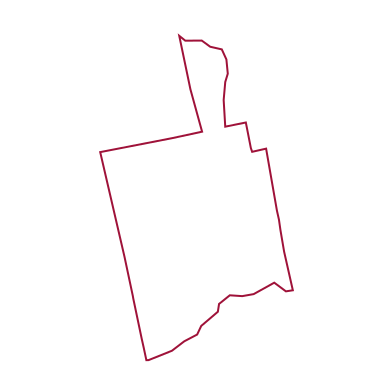 the district of Houston, Alabama, United States of America, rotated 78°
{"feature_id": "52423323B72584832166287", "entity_name": "Houston", "entity_type": "district", "adm_level": 2, "iso_a3": "USA", "parent_name": "United States of America", "parent_adm1": "Alabama", "projection": "mercator", "projection_center": [-85.275, 31.156], "detail": "fine", "context": "isolated", "style": "outline", "palette": "rose", "viewbox_px": 384, "rotation_deg": 78, "n_neighbors": 0, "source": "geoboundaries", "source_scale": "gbopen_adm2", "svg_char_len": 756}
<svg xmlns="http://www.w3.org/2000/svg" viewBox="0 0 384 384"><g transform="rotate(78 192 192)"><path d="M133.9,273.5L241.2,271.5L280.3,271.5L281.3,271.5L284.1,271.6L322.8,271.7L324.0,271.7L325.2,271.7L334.4,271.6L334.8,271.6L336.0,271.6L337.4,271.6L347.0,271.6L347.4,269.4L343.1,244.6L337.7,233.3L336.4,230.5L332.5,216.6L324.9,210.8L314.5,191.6L307.1,188.8L300.9,176.5L304.3,164.5L304.7,152.9L297.8,130.4L308.7,120.8L309.1,113.8L269.5,114.3L247.5,113.4L237.2,112.7L227.9,112.8L165.0,110.5L165.2,124.8L161.2,125.3L142.8,125.0L135.2,124.9L135.0,145.9L108.6,141.9L91.3,136.6L83.7,132.4L69.5,130.8L58.7,133.2L53.7,144.0L45.9,151.0L42.6,167.1L36.6,172.0L91.2,172.2L135.1,169.6L135.2,199.6L133.9,273.5Z" fill="none" stroke="#9f1239" stroke-width="2"/></g></svg>